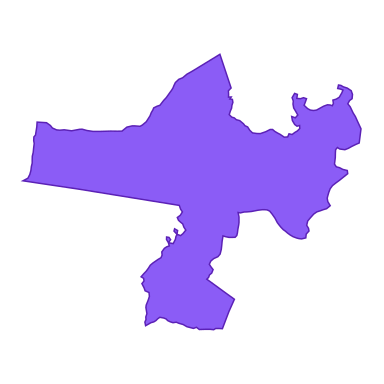 the district of Cajari, Maranhão, Brazil
{"feature_id": "56859067B3891057175323", "entity_name": "Cajari", "entity_type": "district", "adm_level": 2, "iso_a3": "BRA", "parent_name": "Brazil", "parent_adm1": "Maranhão", "projection": "albers", "projection_center": [-45.03, -3.406], "detail": "fine", "context": "isolated", "style": "filled", "palette": "violet", "viewbox_px": 384, "rotation_deg": 0, "n_neighbors": 0, "source": "geoboundaries", "source_scale": "gbopen_adm2", "svg_char_len": 3845}
<svg xmlns="http://www.w3.org/2000/svg" viewBox="0 0 384 384"><path d="M351.2,90.7L347.3,88.1L343.3,86.8L340.9,85.4L338.5,85.0L337.7,88.5L340.6,89.1L343.0,90.1L341.8,92.9L339.3,97.2L336.3,99.1L332.9,100.1L333.4,103.5L332.3,105.7L330.1,105.0L327.4,104.8L323.6,106.2L316.5,110.1L313.5,110.5L310.4,110.1L307.6,108.6L304.1,105.3L305.5,101.6L306.5,98.7L303.5,97.7L300.5,98.7L296.8,98.4L297.4,94.4L294.6,93.4L292.1,97.7L293.3,101.0L293.0,104.1L293.7,108.0L295.2,110.5L297.8,115.0L295.3,117.8L291.7,116.5L292.4,120.6L294.7,124.5L297.0,126.2L299.6,125.5L299.8,128.5L297.3,131.0L294.9,132.4L292.1,134.5L289.0,133.8L287.7,136.9L284.3,137.2L280.2,134.4L277.5,133.0L274.8,131.4L272.6,129.5L270.1,129.5L265.8,131.7L260.3,133.6L256.8,133.5L252.5,132.9L249.8,130.3L247.6,126.9L244.9,125.7L243.5,123.8L239.7,120.6L236.3,119.7L234.3,117.9L231.7,117.1L229.2,114.6L230.5,110.7L231.6,108.2L231.9,105.4L232.9,102.4L232.4,99.4L229.9,99.0L231.2,97.0L228.5,97.1L228.6,94.4L228.4,90.8L231.1,88.0L219.9,54.3L191.9,71.4L186.9,74.2L182.6,77.8L178.8,79.3L175.4,82.5L174.0,85.4L172.9,88.1L171.6,90.2L169.7,92.8L167.8,95.5L166.3,97.6L163.7,100.4L159.9,105.3L157.1,106.2L153.7,107.9L152.8,110.1L151.3,112.6L150.0,115.9L146.3,121.7L142.4,125.0L140.1,126.3L134.8,125.9L132.1,125.9L126.9,127.1L122.0,131.1L117.6,131.2L110.6,131.1L100.4,131.4L92.9,131.4L86.9,130.5L82.2,129.2L79.6,129.3L71.6,130.8L64.2,129.8L59.8,130.2L56.6,129.9L52.4,128.0L50.4,125.5L46.5,122.7L37.1,122.1L36.8,126.7L35.5,135.1L33.9,136.9L33.7,140.6L34.2,143.5L33.6,148.3L33.2,152.5L32.3,156.2L32.2,159.9L32.2,163.2L31.4,166.4L30.9,170.5L29.8,174.5L27.9,178.2L23.0,180.8L40.9,183.5L78.5,189.1L179.3,205.4L180.6,209.2L182.4,211.9L180.3,215.3L177.3,217.5L178.5,220.3L180.7,222.3L182.7,223.9L183.9,227.2L185.8,230.1L183.0,233.6L180.6,235.6L177.0,234.3L175.9,236.7L175.4,239.3L173.2,243.6L168.4,242.7L169.3,245.9L166.7,246.8L164.4,248.3L161.8,251.9L162.1,255.1L161.0,257.7L158.1,259.4L155.5,261.2L152.9,263.0L150.3,265.2L148.4,268.2L146.2,271.2L143.7,273.8L141.1,276.8L143.6,278.3L144.0,281.0L141.9,283.6L144.1,287.9L145.1,290.8L149.0,292.5L149.4,296.4L148.2,300.1L146.2,305.1L145.9,307.5L146.9,313.7L145.8,317.0L146.0,319.5L144.9,322.1L145.6,325.7L148.5,324.1L150.9,322.7L153.8,321.9L155.9,320.6L157.7,318.8L159.8,317.3L163.7,318.0L166.0,318.9L167.7,320.6L170.2,321.8L173.0,322.7L176.3,322.2L178.9,323.3L183.1,324.5L186.9,326.7L193.5,328.4L196.5,327.3L199.3,329.5L205.6,329.3L210.0,329.3L213.7,329.7L215.7,328.5L219.0,328.5L222.4,328.7L228.9,311.6L234.4,299.3L231.9,297.4L229.3,295.6L206.8,279.2L208.6,277.4L209.5,274.9L211.7,273.1L213.1,269.6L211.0,266.9L209.3,264.3L210.8,261.1L213.7,258.6L217.9,256.7L220.1,254.1L221.3,249.4L221.8,244.8L222.1,241.5L223.0,235.9L225.7,236.7L229.0,237.4L231.5,237.4L235.1,237.3L236.8,235.5L237.4,233.0L237.9,229.1L238.7,224.9L239.0,222.4L239.0,217.0L238.1,212.5L240.4,212.9L244.1,212.0L246.9,211.9L251.4,211.5L258.1,210.2L262.3,209.7L264.7,209.7L267.1,209.9L269.7,211.1L272.2,214.2L275.0,218.2L277.3,222.6L279.2,225.1L280.9,227.2L283.3,229.7L285.3,231.1L287.6,233.1L290.2,235.0L293.1,236.7L296.6,238.0L298.9,238.6L301.6,238.9L305.8,237.9L306.2,234.1L309.0,231.0L308.5,228.3L306.7,225.3L307.7,221.0L310.3,217.9L313.7,214.1L316.8,211.9L320.5,210.7L323.2,209.7L326.6,208.7L330.2,205.7L327.8,201.6L327.2,198.2L327.8,195.8L328.8,192.3L330.2,188.7L332.5,185.6L335.8,183.0L339.6,180.2L347.7,173.7L347.3,170.5L342.8,169.4L339.6,167.7L336.3,166.8L334.5,164.1L335.3,157.5L335.4,152.9L335.6,149.7L337.4,147.5L339.7,149.0L344.9,149.7L348.4,148.3L351.8,146.4L356.1,144.3L359.2,143.0L361.0,128.8L357.6,121.5L355.4,116.6L353.1,112.9L350.2,106.8L347.8,103.8L349.6,100.5L352.1,98.7L352.5,94.4L351.2,90.7ZM168.4,242.7L170.6,239.7L169.0,237.4L166.6,237.0L166.5,239.5L168.4,242.7ZM177.0,234.3L177.6,230.5L174.6,228.8L174.0,231.1L177.0,234.3Z" fill="#8b5cf6" stroke="#5b21b6" stroke-width="1.5"/></svg>